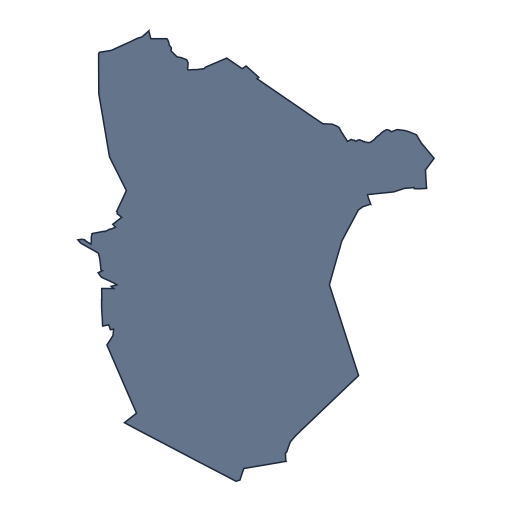 Bladel, Noord-Brabant, Netherlands (Robinson projection)
{"feature_id": "6326949B15659642618503", "entity_name": "Bladel", "entity_type": "district", "adm_level": 2, "iso_a3": "NLD", "parent_name": "Netherlands", "parent_adm1": "Noord-Brabant", "projection": "robinson", "projection_center": [5.245, 51.371], "detail": "fine", "context": "isolated", "style": "filled", "palette": "slate", "viewbox_px": 512, "rotation_deg": 0, "n_neighbors": 0, "source": "geoboundaries", "source_scale": "gbopen_adm2", "svg_char_len": 5560}
<svg xmlns="http://www.w3.org/2000/svg" viewBox="0 0 512 512"><path d="M226.7,58.1L205.4,67.2L205.4,67.3L205.2,67.4L204.2,68.6L203.7,68.8L200.0,69.1L198.1,69.5L195.8,69.6L193.1,69.6L192.0,69.7L188.1,70.0L188.0,69.8L188.0,69.7L187.9,69.5L187.7,69.0L187.6,68.7L187.6,68.4L187.7,68.0L187.8,67.5L187.8,67.0L187.9,66.5L187.9,66.2L187.9,65.3L188.0,64.6L188.0,63.8L188.1,63.3L188.0,62.9L188.0,62.7L187.9,62.3L187.1,60.6L187.0,60.3L186.8,60.0L186.6,59.9L186.3,59.6L186.1,59.5L185.6,59.3L183.6,58.5L182.5,58.1L181.4,57.7L181.1,57.6L180.8,57.5L180.5,57.5L180.1,57.4L178.1,57.1L177.7,57.0L177.1,56.8L176.8,56.6L176.5,56.3L173.6,53.5L171.8,51.6L171.5,51.4L171.3,51.1L171.2,50.8L171.1,50.4L171.1,50.1L171.1,49.8L171.3,48.7L171.4,48.3L171.3,47.9L171.2,47.6L171.0,47.3L170.0,46.1L169.9,45.9L169.5,45.5L169.5,45.4L169.4,45.2L169.3,44.8L169.1,44.3L168.8,42.9L168.5,41.7L168.1,40.7L167.9,40.2L167.7,39.9L167.6,39.7L167.3,39.3L167.0,38.9L166.9,38.7L150.9,38.7L150.8,38.3L150.4,37.1L149.9,35.1L149.4,33.1L149.3,32.8L149.2,32.6L149.1,32.3L149.1,32.1L149.0,31.8L149.0,31.4L149.0,31.0L149.0,30.7L142.0,36.9L137.5,38.2L131.7,41.1L124.4,44.4L111.3,50.4L99.3,52.3L98.6,54.0L98.6,57.1L98.7,81.3L98.8,93.7L103.7,122.6L109.5,156.9L115.0,168.0L118.8,175.4L121.0,180.0L126.4,190.6L119.7,204.9L116.6,211.5L116.9,211.6L117.5,212.1L117.2,213.8L121.7,217.3L112.7,224.3L115.5,227.1L110.7,229.3L110.1,229.0L107.3,230.4L104.8,231.6L104.7,231.6L104.7,231.3L104.5,231.2L103.4,231.4L92.3,233.5L91.8,233.8L92.1,234.9L91.5,236.2L91.3,236.7L91.3,237.0L91.3,237.4L91.3,237.6L91.3,237.9L91.3,238.5L91.3,239.4L91.4,240.7L91.3,241.2L90.9,244.2L86.5,241.4L85.9,241.0L85.1,240.5L85.1,240.1L84.3,239.7L83.9,239.6L83.3,239.5L82.7,239.4L81.6,239.3L77.9,239.8L80.5,242.9L80.6,243.0L81.0,243.3L81.3,243.5L89.8,248.3L92.4,249.7L97.6,252.7L97.9,252.9L98.2,253.2L98.4,253.5L98.6,253.8L99.4,257.3L99.7,258.6L99.8,259.3L100.3,263.3L100.6,266.4L100.9,269.6L101.0,269.8L101.1,270.1L101.3,270.3L101.6,270.5L102.0,270.7L102.3,270.8L98.1,272.7L100.3,275.8L101.1,276.7L101.1,276.8L101.5,277.1L102.2,277.6L104.3,278.6L110.5,281.4L112.5,282.4L113.3,282.7L113.8,283.0L114.2,283.2L116.8,284.9L111.1,286.3L113.7,288.5L108.3,288.5L101.7,288.5L101.7,289.5L101.8,299.3L101.8,299.7L101.6,299.7L101.6,300.1L101.6,301.2L101.6,305.7L101.6,307.3L101.8,311.1L102.2,317.1L102.6,325.6L102.8,326.1L107.0,325.2L108.7,324.9L110.4,329.7L112.8,329.3L113.0,329.2L113.6,329.1L113.0,335.3L113.0,335.5L112.9,335.7L106.9,345.0L108.6,348.9L108.7,349.0L110.7,353.8L125.8,388.7L136.5,413.2L124.4,422.7L140.1,431.1L160.4,441.7L179.8,451.9L199.2,462.1L218.7,472.2L228.3,477.2L236.0,481.3L239.9,480.1L243.8,468.5L286.1,461.3L285.9,461.0L285.8,460.4L285.6,456.7L285.5,453.0L285.6,452.8L286.0,452.6L286.3,452.2L286.5,452.1L286.8,451.9L288.3,447.4L290.3,441.9L291.4,440.6L292.7,439.1L293.3,438.4L294.7,436.8L295.8,435.5L296.4,435.0L296.5,434.7L296.9,434.5L297.0,434.4L302.3,429.2L304.4,427.3L313.9,418.2L325.2,407.4L339.8,393.5L348.8,384.9L358.6,375.6L353.9,361.0L349.0,345.7L344.0,330.1L336.4,306.4L329.4,284.8L335.3,263.7L340.3,246.4L341.6,241.4L344.4,236.2L346.8,231.6L348.0,229.4L354.1,218.0L358.4,209.9L362.8,206.8L363.0,206.7L370.5,204.2L370.7,204.3L370.5,203.6L370.4,203.5L369.4,200.6L369.1,199.9L368.2,197.3L367.6,195.5L367.5,195.1L367.5,194.8L367.5,194.6L393.8,191.9L394.4,191.7L404.3,188.4L414.0,187.6L414.3,188.7L414.8,188.7L419.3,188.8L421.3,188.7L426.4,188.4L426.6,188.4L426.2,183.3L425.8,176.0L425.5,170.4L425.4,170.0L427.1,167.8L428.8,165.5L429.7,164.3L434.1,158.3L431.2,154.8L429.5,152.8L427.2,150.1L425.9,148.5L421.2,142.9L416.8,135.4L416.5,134.9L416.4,134.8L416.2,134.7L409.0,131.8L408.6,131.6L407.7,131.4L407.3,131.2L406.1,130.9L405.0,130.6L404.6,130.5L403.5,130.3L402.0,130.2L400.7,130.0L399.0,129.8L397.9,129.7L396.9,129.6L395.9,130.0L395.0,130.4L394.5,130.6L393.4,131.0L392.4,131.4L391.5,131.8L390.7,131.2L390.3,130.9L389.8,130.6L389.7,130.5L389.3,130.3L388.3,130.0L387.5,129.8L387.3,129.8L386.8,129.7L386.6,129.7L386.2,129.8L385.6,130.2L384.6,130.7L384.3,130.9L383.6,131.3L382.3,132.2L381.6,132.7L381.3,132.9L381.2,133.0L380.4,134.1L379.9,134.6L379.5,135.0L379.3,135.1L379.2,135.2L378.3,135.6L378.1,135.7L377.8,135.9L377.7,136.0L377.2,136.5L376.7,136.9L376.6,137.1L376.3,137.3L375.9,137.6L374.2,139.7L374.1,139.8L373.9,139.9L373.6,140.0L373.3,140.2L373.0,140.5L372.7,140.8L372.4,141.1L372.2,141.1L371.8,141.3L371.6,141.5L371.2,141.6L371.1,141.8L370.7,142.1L370.0,142.4L368.8,142.5L368.5,142.6L367.9,142.6L367.7,142.5L366.5,142.2L366.3,142.2L366.1,142.2L365.7,142.2L364.8,142.0L364.6,141.9L364.6,141.7L364.3,141.4L364.1,141.4L363.7,141.5L363.4,141.5L363.2,141.4L362.1,140.8L361.9,140.7L361.4,140.6L360.7,140.3L360.3,140.1L360.1,140.0L359.9,139.9L359.6,139.9L359.0,139.9L358.7,139.9L358.5,140.0L358.2,140.1L357.9,140.2L357.3,140.4L356.7,140.7L356.0,141.0L355.7,141.1L355.4,141.2L355.2,141.2L354.5,140.3L354.3,140.2L352.7,140.2L352.4,140.1L352.0,139.8L351.8,139.6L351.7,139.5L351.4,139.4L351.2,139.5L350.9,139.6L350.7,139.8L350.2,140.0L349.6,140.3L348.9,140.7L348.1,141.1L347.4,141.4L347.4,141.2L347.2,140.8L347.0,140.6L346.9,140.4L346.7,140.2L346.2,139.4L346.1,139.2L346.0,138.8L344.5,136.8L344.2,136.4L344.1,136.2L342.8,134.0L342.6,133.8L342.5,133.7L342.0,132.9L341.6,132.3L341.4,132.0L341.3,131.8L341.1,131.4L340.8,130.9L340.4,130.0L340.1,129.4L339.8,128.9L339.6,128.6L339.4,128.2L339.1,127.7L338.9,127.7L338.5,127.2L337.8,126.6L337.7,126.5L337.4,126.4L332.4,124.2L322.9,123.8L311.5,116.1L295.4,105.0L286.0,98.6L271.0,88.3L257.0,78.7L258.8,77.4L246.1,66.0L242.2,68.7L226.7,58.1Z" fill="#64748b" stroke="#1e293b" stroke-width="1.5"/></svg>